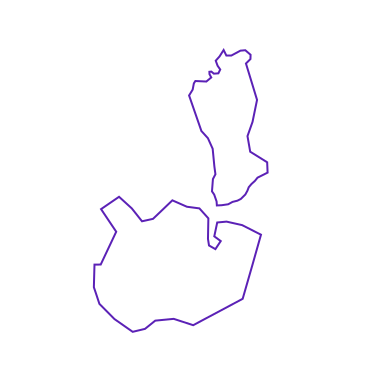 the Metropolitan City of Incheon, rotated 108°
{"feature_id": "KOR-2495", "entity_name": "Incheon", "entity_type": "Metropolitan City", "adm_level": 1, "iso_a3": "KOR", "parent_name": "South Korea", "parent_adm1": "", "projection": "mercator", "projection_center": [126.55, 37.458], "detail": "fine", "context": "isolated", "style": "outline", "palette": "violet", "viewbox_px": 384, "rotation_deg": 108, "n_neighbors": 0, "source": "natural_earth", "source_scale": "10m", "svg_char_len": 1164}
<svg xmlns="http://www.w3.org/2000/svg" viewBox="0 0 384 384"><g transform="rotate(108 192 192)"><path d="M291.2,262.3L289.2,256.4L253.2,251.8L236.4,273.2L219.1,259.9L226.2,244.2L235.3,230.5L229.6,220.8L217.2,214.1L206.0,208.1L207.6,192.3L205.3,179.9L212.0,168.3L231.7,162.3L237.6,159.3L239.1,152.1L229.8,149.5L227.3,157.1L213.2,158.6L209.5,150.0L208.0,134.1L211.3,113.2L242.6,112.0L277.9,110.8L318.3,149.7L318.3,170.2L325.7,187.2L336.7,194.4L343.3,205.2L336.8,226.5L327.0,245.5L318.0,252.1L312.9,255.9L291.2,262.3ZM183.5,143.4L186.2,146.1L188.9,150.4L192.5,153.8L195.4,159.7L197.1,164.2L193.4,165.7L187.6,170.1L185.2,173.2L173.2,176.1L167.9,175.2L160.6,178.7L144.5,185.7L135.9,193.5L131.1,201.9L101.1,224.6L94.4,223.0L88.1,223.8L85.4,223.1L82.5,212.5L77.1,209.1L74.5,211.8L72.3,212.6L71.5,210.8L72.7,207.8L71.0,203.6L66.8,203.0L64.0,206.7L59.8,210.0L54.6,207.7L47.2,205.8L51.6,201.5L50.1,196.8L42.6,189.6L40.7,185.1L43.4,178.7L47.5,177.5L53.1,180.4L84.3,158.6L106.6,156.1L121.7,156.5L135.7,149.1L140.5,129.7L150.2,126.1L158.1,134.1L162.0,135.6L166.0,137.9L169.9,139.5L173.7,139.7L177.9,140.5L183.5,143.4Z" fill="none" stroke="#5b21b6" stroke-width="2"/></g></svg>